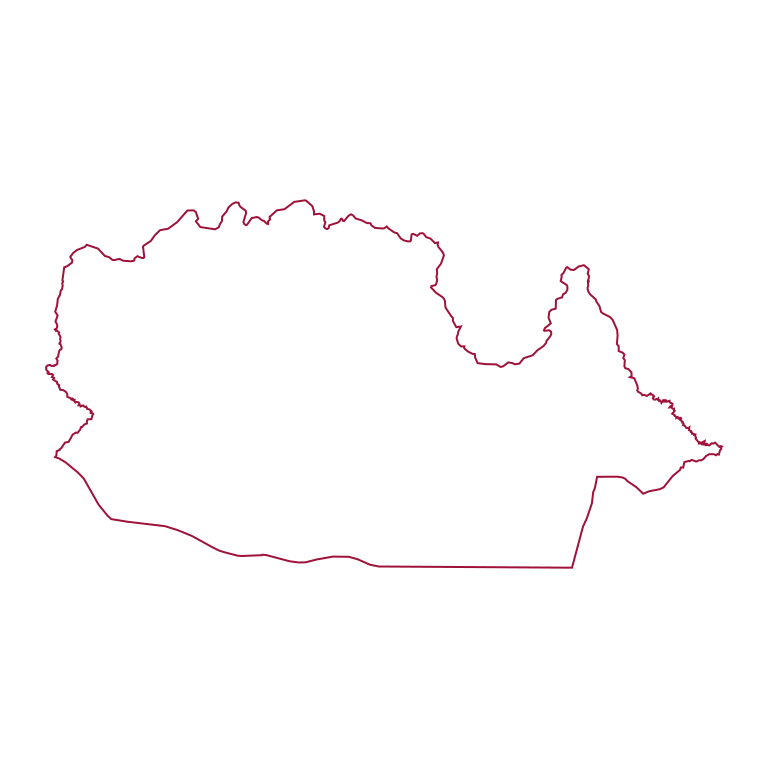 Choam Ksant, Preah Vihéar, Cambodia
{"feature_id": "14789045B63447960105110", "entity_name": "Choam Ksant", "entity_type": "district", "adm_level": 2, "iso_a3": "KHM", "parent_name": "Cambodia", "parent_adm1": "Preah Vihéar", "projection": "albers", "projection_center": [104.9, 14.186], "detail": "fine", "context": "isolated", "style": "outline", "palette": "rose", "viewbox_px": 768, "rotation_deg": 0, "n_neighbors": 0, "source": "geoboundaries", "source_scale": "gbopen_adm2", "svg_char_len": 6005}
<svg xmlns="http://www.w3.org/2000/svg" viewBox="0 0 768 768"><path d="M721.9,446.5L720.3,446.1L719.3,446.9L715.1,442.6L713.4,443.6L711.5,443.3L709.6,445.4L708.4,445.2L706.7,443.7L706.1,443.9L706.9,445.1L705.4,445.2L704.3,443.1L704.7,441.0L702.2,442.3L702.8,444.4L701.9,444.3L701.4,443.4L699.0,443.6L698.9,442.9L699.9,442.3L698.3,441.8L695.6,438.7L696.0,437.4L695.4,436.7L695.4,434.5L694.0,434.9L693.7,433.9L691.9,433.7L691.9,432.4L690.9,432.1L691.0,431.0L689.0,430.2L689.3,427.4L688.3,428.2L686.2,427.9L685.1,426.1L683.1,425.0L683.7,424.1L683.0,422.6L682.3,422.5L682.6,421.8L679.8,419.6L681.2,418.6L680.8,417.8L678.3,418.2L677.7,417.0L676.3,418.0L676.3,416.9L674.5,415.7L674.7,415.1L672.2,413.7L674.7,410.8L674.0,410.3L674.0,408.8L673.4,409.1L671.9,408.0L671.8,407.1L669.6,407.4L670.4,406.2L672.3,405.5L672.5,403.7L669.7,402.4L669.5,400.8L666.5,401.7L666.1,400.3L663.7,400.1L663.2,400.3L664.1,401.6L662.3,401.7L661.5,402.8L661.2,401.4L659.3,401.1L659.5,400.1L658.1,399.9L658.1,398.7L657.4,399.5L656.4,399.0L655.2,399.7L653.6,399.4L652.8,398.2L653.9,396.7L653.4,396.4L653.7,395.7L651.3,394.1L650.9,394.4L650.4,393.5L646.8,396.0L644.5,394.9L642.2,395.2L641.3,393.6L637.9,391.6L637.2,390.4L637.9,388.3L637.1,385.1L634.3,378.3L630.0,377.1L631.6,376.2L631.4,372.2L628.4,369.1L625.3,368.2L624.4,366.4L624.8,360.1L623.3,358.1L624.4,354.6L622.8,352.7L618.7,351.1L618.7,346.3L616.9,344.0L617.6,335.3L617.1,329.9L612.7,320.0L610.0,317.0L603.0,313.5L601.0,311.8L599.4,306.0L596.3,301.4L595.8,299.5L590.0,294.2L588.2,291.4L587.5,288.0L588.2,286.0L587.9,280.9L588.7,281.1L588.4,279.8L589.1,276.2L587.7,273.8L588.8,269.2L583.9,265.2L578.8,266.4L573.9,270.0L570.6,269.7L567.2,267.1L566.1,267.9L563.5,273.0L561.4,275.1L561.7,276.8L560.7,281.1L566.8,285.1L567.4,286.6L567.3,289.9L565.6,292.9L563.2,294.1L562.0,297.4L557.5,298.8L556.0,300.0L555.7,308.6L551.6,309.7L549.4,311.7L548.5,317.5L550.8,323.4L544.9,328.1L543.9,330.4L544.7,330.8L549.2,330.3L551.1,331.6L551.3,333.9L550.4,336.0L546.6,340.8L546.0,343.0L543.4,346.1L537.4,350.3L532.6,355.3L523.7,358.2L519.4,363.6L514.8,364.3L512.4,363.1L508.3,362.4L503.0,366.4L500.5,366.9L496.3,364.4L485.0,364.1L477.6,363.1L475.2,357.7L474.8,354.0L472.4,353.8L468.1,351.6L464.8,348.9L464.1,347.8L464.4,346.3L461.0,346.4L458.2,343.7L456.6,338.3L456.9,336.3L457.8,334.6L458.3,331.5L460.9,326.5L456.3,327.2L452.9,320.9L452.9,317.9L451.3,316.3L445.5,307.6L444.9,300.9L444.0,298.8L442.3,297.0L435.7,292.5L431.0,287.4L431.6,286.0L435.3,285.2L435.9,284.5L437.2,280.6L436.5,276.4L437.2,273.3L436.8,269.2L441.0,263.7L443.9,255.4L442.9,252.5L438.4,246.9L437.7,245.1L438.0,242.5L434.9,243.1L430.5,238.6L426.2,237.1L423.4,233.5L422.4,233.2L420.0,233.4L417.1,235.8L413.4,233.9L412.2,234.0L411.5,234.8L410.9,240.5L410.3,241.3L407.9,241.4L403.9,240.4L400.7,238.4L397.1,233.2L394.2,232.4L388.4,228.4L386.7,226.5L384.3,228.2L382.6,228.5L374.9,227.9L371.4,225.3L370.4,223.2L367.0,223.1L361.6,220.3L355.7,218.5L352.9,215.3L351.0,214.3L348.4,215.9L344.0,221.1L343.2,221.0L341.8,218.7L341.0,218.8L339.3,221.5L337.5,222.7L329.3,225.3L328.6,228.2L327.0,229.1L325.0,228.1L324.0,226.7L325.4,222.2L324.2,220.4L324.2,216.0L319.7,213.7L314.0,214.4L314.0,211.4L312.4,206.2L306.3,200.8L305.0,200.3L294.2,201.9L284.5,209.2L276.7,210.4L269.5,217.1L270.1,219.4L268.0,221.5L268.1,224.0L266.4,223.5L264.3,221.1L262.0,220.3L258.8,217.7L256.8,217.0L251.7,218.1L247.1,224.6L246.1,225.2L244.1,223.8L243.4,222.0L246.1,213.0L245.7,210.8L240.5,206.9L239.4,205.5L238.6,202.7L235.5,202.4L232.3,203.9L228.4,207.5L226.6,211.4L222.2,216.6L221.9,221.2L220.1,223.8L218.8,227.2L215.2,229.3L200.4,227.1L195.9,221.3L198.2,218.8L195.8,212.0L193.7,210.4L187.4,210.5L177.3,222.0L168.2,228.7L160.0,230.2L154.9,235.2L150.8,241.0L143.7,245.6L143.0,246.7L144.3,257.3L143.4,258.0L141.8,258.0L137.4,256.2L134.7,258.3L134.0,260.7L130.7,261.3L123.1,260.7L119.4,258.9L113.9,260.2L112.4,259.9L109.0,257.1L104.9,256.0L98.0,248.6L86.7,244.8L84.8,246.9L76.8,250.1L73.2,253.0L70.4,256.7L70.4,257.5L72.3,260.0L72.1,262.5L67.2,266.2L64.2,267.3L62.4,280.3L63.2,281.5L62.2,283.4L62.7,285.7L62.0,289.2L60.8,290.4L59.9,295.1L57.8,298.8L57.1,305.3L55.2,311.7L57.6,315.5L55.5,321.5L57.1,324.6L57.3,326.6L56.5,328.6L54.9,329.4L56.0,330.9L57.0,330.6L59.2,332.6L58.7,333.6L60.5,337.0L60.1,339.1L60.6,341.4L59.4,343.7L60.5,344.3L61.7,347.5L61.3,349.3L60.0,349.7L59.1,351.3L58.0,356.7L56.3,358.5L57.5,360.5L57.3,363.8L55.7,365.1L54.3,365.2L53.9,366.0L51.4,365.9L50.1,364.9L47.4,365.5L46.1,367.0L46.3,369.9L48.6,372.1L47.6,372.9L47.6,373.5L49.0,374.1L51.9,374.0L53.1,375.1L51.9,377.0L54.1,377.9L53.1,379.6L57.1,382.0L57.2,383.7L59.2,385.2L58.7,386.0L60.3,389.8L63.4,390.2L66.0,392.0L67.3,394.2L67.3,396.9L70.7,398.1L71.2,399.4L72.4,399.9L72.7,398.8L73.3,399.2L74.0,400.3L74.5,400.1L74.3,401.2L75.3,402.5L76.2,401.9L78.4,402.3L79.4,403.4L78.5,405.3L80.6,405.4L80.7,406.4L83.2,405.4L84.3,406.7L86.0,406.6L85.9,407.3L86.9,407.7L87.2,408.9L89.4,409.4L91.5,411.2L90.6,412.0L90.7,413.0L92.6,413.2L93.2,414.2L92.4,415.2L91.4,419.2L87.6,419.3L86.8,421.4L87.0,423.5L84.4,424.4L82.0,427.0L81.0,427.1L80.1,429.7L77.6,432.8L75.9,432.6L72.7,434.5L68.7,441.8L65.0,442.6L61.3,448.1L59.7,449.2L59.6,450.0L56.7,451.1L56.4,455.4L55.1,457.1L59.0,458.4L65.6,462.4L77.8,472.4L83.8,478.6L98.6,504.7L107.3,515.4L111.2,519.1L127.9,521.8L165.1,526.2L177.0,529.9L191.6,535.8L213.4,547.8L219.4,550.7L225.3,552.5L237.8,555.7L241.6,556.0L261.9,555.2L262.2,554.7L266.4,555.1L289.7,561.3L299.0,562.5L305.6,562.3L316.6,559.5L333.0,556.6L348.7,556.8L357.5,559.2L370.0,564.7L378.8,566.5L572.0,567.7L583.0,526.6L587.0,517.9L591.9,503.3L593.2,492.2L594.9,488.0L597.1,476.8L617.7,476.7L622.5,477.5L625.1,478.7L627.7,481.3L636.5,487.3L643.2,493.7L649.1,491.3L659.8,489.2L663.6,487.4L672.6,476.1L680.1,469.8L680.8,467.5L683.2,467.6L684.3,462.1L688.8,460.9L689.5,461.3L691.8,459.9L696.3,461.6L698.8,460.3L701.3,460.3L703.4,459.1L706.1,456.0L709.2,454.2L713.8,454.2L716.1,455.3L717.3,454.1L718.9,454.6L720.0,450.3L721.3,449.0L720.9,447.6L721.9,446.5Z" fill="none" stroke="#9f1239" stroke-width="2"/></svg>